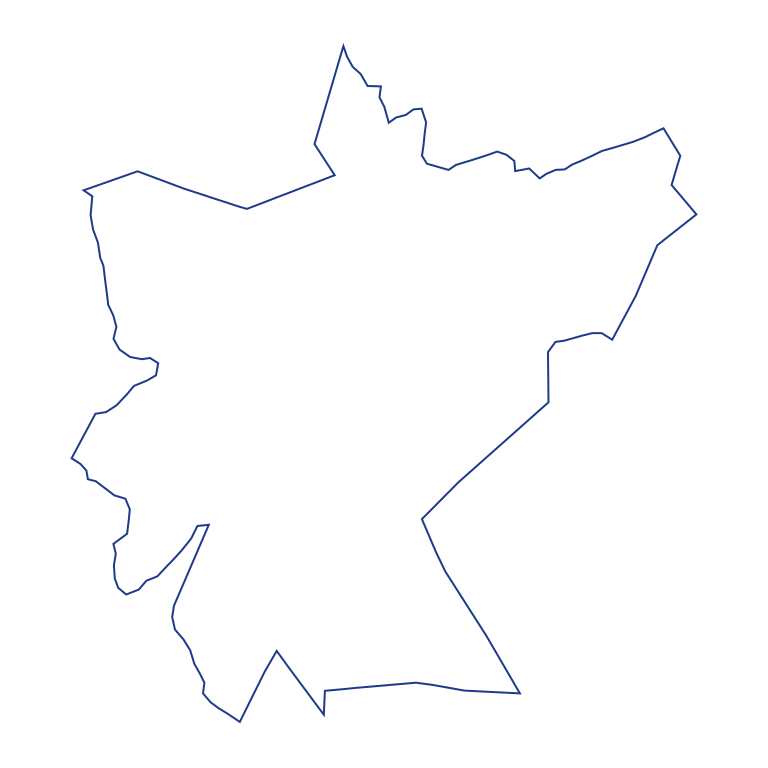 the district of Escada, Pernambuco, Brazil
{"feature_id": "56859067B6321576756200", "entity_name": "Escada", "entity_type": "district", "adm_level": 2, "iso_a3": "BRA", "parent_name": "Brazil", "parent_adm1": "Pernambuco", "projection": "albers", "projection_center": [-35.273, -8.37], "detail": "fine", "context": "isolated", "style": "outline", "palette": "blue", "viewbox_px": 768, "rotation_deg": 0, "n_neighbors": 0, "source": "geoboundaries", "source_scale": "gbopen_adm2", "svg_char_len": 1836}
<svg xmlns="http://www.w3.org/2000/svg" viewBox="0 0 768 768"><path d="M343.4,46.1L314.5,144.1L334.7,175.2L271.1,199.6L246.9,208.9L238.6,206.5L183.3,188.4L137.6,171.3L83.6,190.3L92.3,196.3L90.6,215.2L93.1,229.7L97.9,242.5L100.2,257.7L103.4,265.7L105.1,279.9L106.5,290.6L108.2,304.7L113.3,315.5L116.4,326.9L113.5,338.8L119.5,349.5L130.1,357.0L141.9,359.2L150.0,358.0L158.2,363.2L156.0,375.3L146.9,380.6L134.1,385.8L126.5,394.8L116.4,405.4L106.0,412.1L95.4,413.8L71.6,458.3L80.5,464.0L86.4,470.6L87.9,479.2L95.9,481.3L114.4,495.4L125.4,498.7L129.8,509.3L128.9,519.0L127.1,533.7L113.4,543.9L115.8,553.7L113.9,565.3L114.8,578.6L118.2,587.8L126.2,594.5L138.9,589.5L146.4,580.7L157.3,576.4L166.6,566.5L173.1,559.8L181.5,550.6L191.2,538.5L197.4,526.0L208.8,524.8L173.9,605.9L172.2,617.2L175.0,629.6L183.4,639.3L190.2,650.3L194.3,663.7L200.3,674.4L204.4,682.8L203.0,693.4L210.5,702.2L218.4,708.1L227.1,713.4L239.8,721.9L264.9,671.3L276.7,650.9L288.2,666.8L323.8,714.7L324.9,690.8L343.9,689.1L354.4,688.0L415.9,682.7L432.5,684.9L464.5,690.6L501.9,692.5L519.9,693.4L486.6,636.2L445.2,571.3L436.1,552.3L421.9,519.1L458.4,482.3L548.5,402.3L548.0,352.1L555.5,341.9L564.3,340.7L581.9,335.7L592.5,333.1L601.6,333.1L612.2,339.7L635.8,295.8L657.3,245.3L664.4,239.6L696.4,214.4L671.6,185.0L676.7,167.7L680.3,155.8L663.5,128.3L652.6,133.4L645.2,137.1L632.9,141.9L613.1,147.8L602.1,150.9L592.5,155.6L581.1,160.9L572.3,164.5L564.8,169.4L555.6,169.9L546.3,173.9L539.7,178.4L529.2,168.5L515.2,171.1L514.3,160.9L506.5,154.8L497.2,151.6L487.0,155.2L473.1,159.7L455.8,165.0L448.5,169.9L438.7,167.1L426.9,163.7L422.0,155.7L423.5,145.3L424.7,133.4L426.1,122.3L421.6,108.7L413.4,109.4L405.9,114.9L396.1,117.5L388.8,122.7L384.3,106.8L379.5,97.4L380.9,86.4L367.6,86.0L360.7,74.1L352.7,66.8L347.0,56.6L343.4,46.1Z" fill="none" stroke="#1e3a8a" stroke-width="2"/></svg>